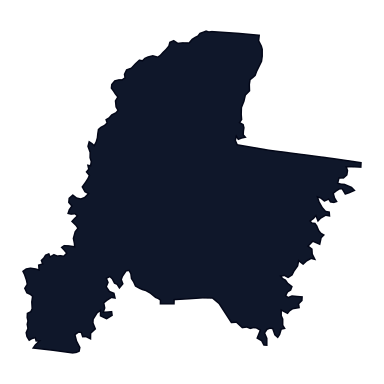 Catanduvas, Paraná, Brazil (Natural Earth projection)
{"feature_id": "56859067B59737068657378", "entity_name": "Catanduvas", "entity_type": "district", "adm_level": 2, "iso_a3": "BRA", "parent_name": "Brazil", "parent_adm1": "Paraná", "projection": "natural_earth1", "projection_center": [-53.163, -25.234], "detail": "fine", "context": "isolated", "style": "filled", "palette": "ink", "viewbox_px": 384, "rotation_deg": 0, "n_neighbors": 0, "source": "geoboundaries", "source_scale": "gbopen_adm2", "svg_char_len": 3950}
<svg xmlns="http://www.w3.org/2000/svg" viewBox="0 0 384 384"><path d="M238.6,33.4L211.8,31.6L208.8,32.0L206.1,31.1L203.6,32.1L200.0,33.4L197.9,36.1L195.4,37.3L192.2,39.3L189.1,43.0L182.5,42.9L177.8,43.4L173.7,40.7L169.9,42.3L168.9,46.1L166.1,49.5L163.2,52.3L160.4,55.4L157.8,57.2L152.8,55.8L148.0,57.0L144.9,58.4L142.5,60.8L139.4,60.2L135.5,63.8L131.4,68.2L126.6,69.9L124.5,74.3L125.1,77.8L122.1,79.9L118.8,79.9L114.8,80.9L111.8,84.5L111.4,88.1L113.7,91.2L115.4,93.9L117.9,97.0L115.5,100.9L116.1,106.9L118.1,110.3L116.0,112.8L111.8,114.9L109.0,118.0L106.1,119.7L107.2,123.0L104.5,125.5L101.0,127.3L98.5,129.4L97.8,133.9L97.4,137.9L96.2,142.0L94.2,145.7L91.9,143.6L89.2,141.8L88.0,146.3L90.2,152.4L90.1,157.7L91.3,161.6L90.6,165.8L87.9,165.3L88.8,169.2L86.5,171.9L89.4,175.4L88.1,178.4L85.7,182.2L82.3,186.9L85.0,191.7L88.6,193.6L84.7,197.5L80.8,199.0L76.5,198.0L72.8,195.1L69.2,198.3L68.8,202.4L71.9,206.0L69.3,209.8L68.1,213.4L71.1,214.1L75.0,213.7L77.5,215.9L74.5,218.7L72.0,221.4L76.1,225.4L78.0,228.2L75.2,231.8L73.4,238.4L74.4,243.3L74.7,246.8L68.8,245.9L64.2,245.7L61.7,247.4L64.0,249.8L66.8,253.2L63.7,256.3L60.4,255.7L57.3,256.1L53.9,254.7L50.1,257.0L48.8,253.9L45.6,255.2L43.8,258.1L41.4,260.4L42.7,264.0L38.7,265.1L39.1,270.0L35.7,269.0L30.5,268.2L26.2,269.0L23.0,271.3L24.6,274.6L26.5,280.2L27.3,284.3L24.8,288.3L26.9,292.8L30.4,294.4L32.6,296.3L31.8,301.9L32.2,308.7L30.8,311.7L27.4,313.4L27.2,317.6L28.0,321.0L27.2,324.3L28.0,328.4L26.2,332.7L27.0,336.6L29.2,340.2L31.8,338.6L35.3,337.6L36.1,340.9L39.6,340.9L35.5,344.8L33.2,348.0L52.7,350.2L72.6,352.9L76.2,352.4L79.1,351.2L79.8,347.5L76.5,341.1L74.9,334.7L78.5,332.1L81.3,332.4L82.7,336.7L86.1,336.6L90.5,338.8L90.6,333.2L95.3,328.9L92.9,323.0L93.1,319.2L97.1,312.8L100.5,310.3L100.5,315.8L106.6,318.7L112.1,315.3L111.6,311.7L107.1,312.1L103.2,312.3L104.7,308.0L103.7,302.9L107.1,300.1L111.4,297.4L115.0,298.0L113.9,293.3L109.4,291.5L106.2,286.8L108.0,282.4L106.3,278.3L109.9,276.5L112.3,278.8L114.5,283.1L117.2,284.3L119.4,287.9L122.8,283.8L121.2,279.5L122.4,276.3L126.1,270.8L129.1,270.4L130.9,273.7L131.5,278.5L133.7,281.9L135.5,286.0L139.8,288.4L142.6,289.6L145.8,290.5L150.4,293.1L155.6,297.4L158.3,298.5L160.5,300.1L160.4,303.8L174.0,303.8L174.1,299.6L189.5,298.7L202.6,297.8L212.5,298.0L219.1,303.5L231.4,322.5L236.5,322.2L242.3,327.6L246.8,327.0L250.3,328.4L253.2,327.6L256.3,327.8L260.4,330.2L257.2,338.1L261.7,340.7L263.9,345.0L266.8,345.2L266.8,338.4L264.5,333.0L267.0,329.3L269.8,328.2L272.7,328.5L274.9,334.8L277.7,337.3L279.6,334.4L281.2,329.1L284.6,328.4L282.7,325.3L282.7,319.1L281.2,315.7L281.2,310.0L287.5,313.3L289.4,310.9L292.6,308.7L299.1,307.6L298.5,303.8L301.9,300.5L302.1,296.9L297.1,296.5L292.0,296.0L288.1,297.6L285.6,295.6L287.5,291.9L290.6,290.0L291.9,286.6L287.6,283.3L285.4,280.1L282.6,278.6L280.6,276.2L284.4,275.4L288.1,277.4L292.0,274.9L293.9,271.1L297.6,265.9L298.6,260.6L303.1,264.1L306.4,261.0L311.1,258.4L314.8,259.3L312.2,254.1L311.9,249.1L308.0,246.1L312.8,241.2L319.7,244.2L321.1,237.7L323.8,235.0L320.7,233.2L318.6,230.5L316.7,225.9L314.9,223.4L311.9,223.2L310.0,221.0L313.5,218.4L315.9,215.5L318.0,220.9L320.5,218.2L325.6,215.2L329.5,215.9L329.2,212.1L325.5,211.4L322.2,207.6L319.0,201.9L317.4,196.8L320.9,198.1L324.4,201.0L328.7,199.0L330.5,201.9L333.8,202.4L336.6,201.5L334.5,198.0L333.2,193.3L336.3,190.8L339.5,188.8L342.2,188.8L345.3,194.0L348.9,192.8L354.4,190.4L351.5,187.4L344.4,184.4L341.0,184.2L337.6,183.2L339.0,178.0L343.5,177.9L346.8,174.9L347.5,170.6L346.2,166.8L350.1,166.7L355.0,166.8L360.8,167.1L361.0,162.7L333.1,158.6L268.5,150.2L237.2,144.8L235.3,140.4L236.3,136.1L238.3,139.3L241.6,138.0L245.3,137.2L243.2,134.8L243.4,131.0L243.9,127.8L243.1,124.6L239.5,122.6L241.6,119.5L241.2,114.4L241.4,107.5L243.9,101.2L245.3,95.1L249.5,90.8L249.3,84.4L250.0,79.7L252.9,77.4L255.1,75.4L256.6,71.3L261.5,61.3L262.2,56.2L262.2,49.3L261.3,46.1L258.6,40.8L259.2,35.3L238.6,33.4Z" fill="#0f172a" stroke="#020617" stroke-width="1.5"/></svg>